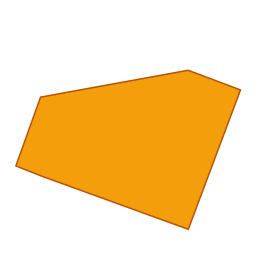 Eastland, Texas, United States of America, rotated 200°
{"feature_id": "52423323B76826810418880", "entity_name": "Eastland", "entity_type": "district", "adm_level": 2, "iso_a3": "USA", "parent_name": "United States of America", "parent_adm1": "Texas", "projection": "robinson", "projection_center": [-98.827, 32.297], "detail": "fine", "context": "isolated", "style": "filled", "palette": "amber", "viewbox_px": 256, "rotation_deg": 200, "n_neighbors": 0, "source": "geoboundaries", "source_scale": "gbopen_adm2", "svg_char_len": 269}
<svg xmlns="http://www.w3.org/2000/svg" viewBox="0 0 256 256"><g transform="rotate(200 128 128)"><path d="M36.7,53.4L35.3,202.2L91.3,202.8L198.7,140.0L220.7,127.1L220.4,54.0L191.4,53.2L42.0,53.4L36.7,53.4Z" fill="#f59e0b" stroke="#b45309" stroke-width="1.5"/></g></svg>